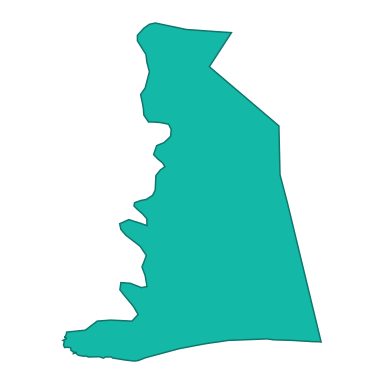 La Paz, Colonia, Uruguay (Natural Earth projection)
{"feature_id": "84410073B4757199260074", "entity_name": "La Paz", "entity_type": "district", "adm_level": 2, "iso_a3": "URY", "parent_name": "Uruguay", "parent_adm1": "Colonia", "projection": "natural_earth1", "projection_center": [-57.32, -34.388], "detail": "fine", "context": "isolated", "style": "filled", "palette": "teal", "viewbox_px": 384, "rotation_deg": 0, "n_neighbors": 0, "source": "geoboundaries", "source_scale": "gbopen_adm2", "svg_char_len": 1561}
<svg xmlns="http://www.w3.org/2000/svg" viewBox="0 0 384 384"><path d="M231.4,32.7L186.3,29.5L155.3,23.0L149.4,24.3L144.0,28.1L137.4,35.3L137.4,40.8L146.0,54.5L146.8,61.8L149.4,71.8L145.2,87.9L140.6,94.6L142.4,102.9L143.4,108.6L143.8,114.9L148.5,122.0L152.7,122.0L160.0,122.5L168.6,124.2L171.2,129.4L170.6,136.4L164.1,142.6L156.7,145.6L153.6,154.6L158.0,159.1L162.6,162.9L164.9,166.7L160.4,169.9L155.9,175.6L155.2,190.1L152.6,195.4L146.1,199.5L140.8,200.5L134.6,202.7L134.0,206.0L137.3,209.3L142.4,213.7L146.8,218.7L147.0,225.6L141.9,223.8L128.9,219.6L119.7,223.7L120.9,229.4L125.8,235.2L140.1,246.2L146.4,255.5L142.0,267.0L145.2,275.7L147.0,286.6L141.4,287.6L130.3,283.3L120.9,282.6L119.9,289.8L125.5,296.8L133.6,306.6L138.1,314.5L132.0,321.1L110.6,320.1L97.2,321.1L85.3,330.2L66.6,332.1L66.2,334.5L65.3,336.4L64.7,336.7L64.7,337.5L65.5,337.6L66.5,338.0L66.4,338.8L64.5,339.6L62.9,340.4L64.0,341.1L64.4,341.6L63.9,343.1L63.5,345.0L64.6,347.5L67.4,347.3L70.1,347.6L70.8,347.9L70.8,349.1L70.9,350.3L73.5,351.9L73.3,353.6L74.6,353.2L74.7,352.2L76.1,352.4L75.8,353.3L78.5,355.3L83.4,356.2L85.5,356.0L88.7,357.0L99.3,356.7L102.1,357.7L103.3,358.1L104.2,357.7L105.6,357.0L111.5,357.0L112.6,358.0L125.8,360.1L132.8,360.9L135.0,361.0L138.4,360.5L145.5,357.7L179.1,348.7L193.2,346.0L203.8,344.0L210.1,343.0L218.8,341.8L228.3,340.4L256.6,339.3L267.2,338.9L273.5,339.8L292.6,340.4L302.3,341.0L309.3,341.4L311.7,341.6L315.2,341.7L317.7,341.7L321.1,342.0L287.6,203.7L280.0,174.7L278.9,125.9L209.3,66.7L231.4,32.7Z" fill="#14b8a6" stroke="#0f766e" stroke-width="1.5"/></svg>